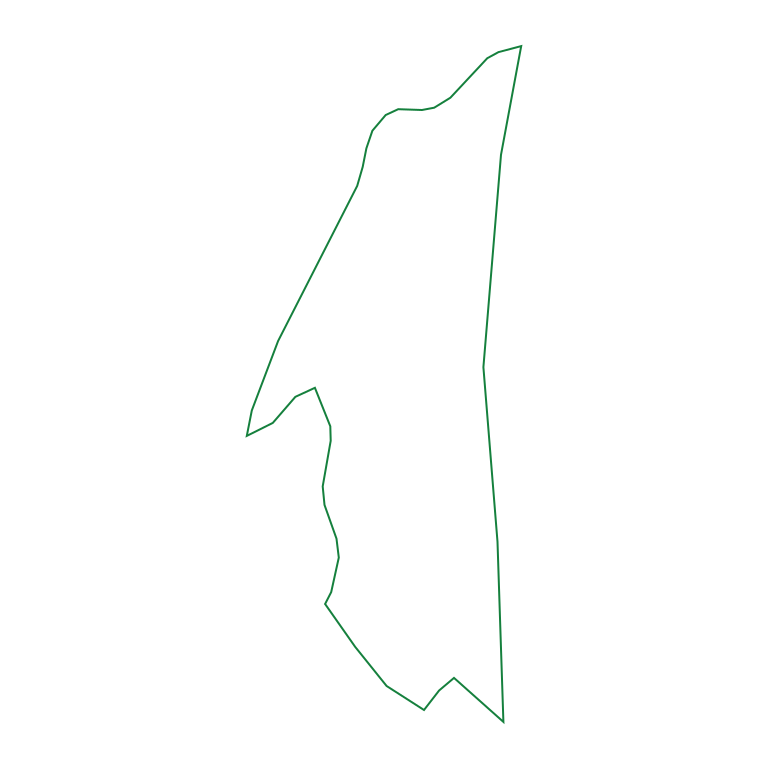 map outline of Koboko (Equal Earth projection)
{"feature_id": "UGA-3081", "entity_name": "Koboko", "entity_type": "County", "adm_level": 1, "iso_a3": "UGA", "parent_name": "Uganda", "parent_adm1": "", "projection": "equal_earth", "projection_center": [30.954, 3.522], "detail": "fine", "context": "isolated", "style": "outline", "palette": "green", "viewbox_px": 768, "rotation_deg": 0, "n_neighbors": 0, "source": "natural_earth", "source_scale": "10m", "svg_char_len": 555}
<svg xmlns="http://www.w3.org/2000/svg" viewBox="0 0 768 768"><path d="M422.0,110.0L434.2,107.7L450.4,97.7L487.3,58.2L498.5,52.1L521.2,46.1L501.0,154.8L483.4,367.2L497.5,541.8L503.4,721.9L454.0,677.9L439.1,690.5L424.0,710.0L386.6,686.0L355.2,646.9L325.1,604.0L331.2,592.1L338.8,557.6L336.5,538.7L324.5,504.9L322.7,486.4L330.7,440.8L330.3,426.3L314.9,387.8L295.4,396.8L272.8,422.9L246.8,435.9L251.8,410.5L278.1,341.0L357.2,185.9L362.7,166.9L366.4,148.3L372.4,130.7L385.7,115.0L398.2,109.2L422.0,110.0Z" fill="none" stroke="#15803d" stroke-width="2"/></svg>